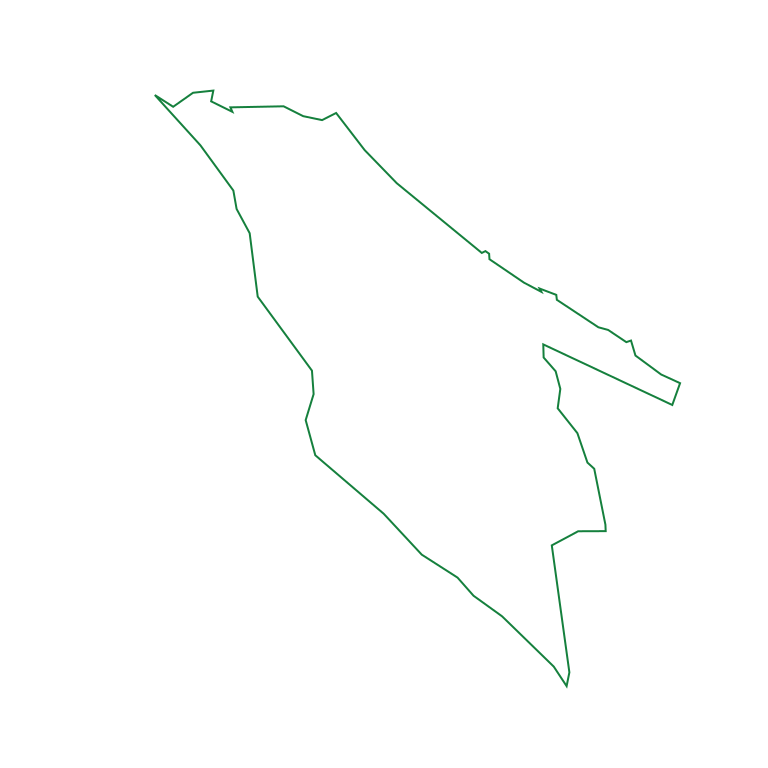 outline of Blackrock Lea-6, Dún Laoghaire–Rathdown, Ireland, rotated 13°
{"feature_id": "5873133B82062231942837", "entity_name": "Blackrock Lea-6", "entity_type": "district", "adm_level": 2, "iso_a3": "IRL", "parent_name": "Ireland", "parent_adm1": "Dún Laoghaire–Rathdown", "projection": "equal_earth", "projection_center": [-6.181, 53.289], "detail": "fine", "context": "isolated", "style": "outline", "palette": "green", "viewbox_px": 768, "rotation_deg": 13, "n_neighbors": 0, "source": "geoboundaries", "source_scale": "gbopen_adm2", "svg_char_len": 884}
<svg xmlns="http://www.w3.org/2000/svg" viewBox="0 0 768 768"><g transform="rotate(13 384 384)"><path d="M629.9,637.3L629.5,623.3L583.8,503.5L606.3,483.8L633.1,477.5L631.4,471.3L607.9,419.3L599.9,414.8L583.5,388.4L558.7,368.6L556.9,349.1L548.4,333.0L533.6,322.3L530.3,309.6L669.6,339.6L672.3,316.6L651.9,312.4L622.6,299.7L614.9,286.1L610.7,288.7L590.2,280.9L580.1,280.5L533.5,263.1L531.8,258.4L514.2,256.0L516.6,258.8L497.7,253.8L458.7,238.7L457.1,233.4L452.9,231.7L449.8,234.3L351.3,185.5L312.6,160.5L276.4,130.7L264.3,140.8L245.0,141.2L223.7,136.0L172.1,149.0L175.0,152.9L152.0,147.5L151.7,136.5L132.4,143.2L116.2,161.3L95.7,154.0L151.5,192.8L193.7,229.4L201.0,246.6L219.2,267.3L241.3,327.3L310.8,387.2L317.7,409.7L315.8,436.8L333.1,468.9L412.9,510.5L459.2,541.8L499.2,556.1L518.9,570.2L551.3,583.8L613.0,621.2L629.9,637.3Z" fill="none" stroke="#15803d" stroke-width="2"/></g></svg>